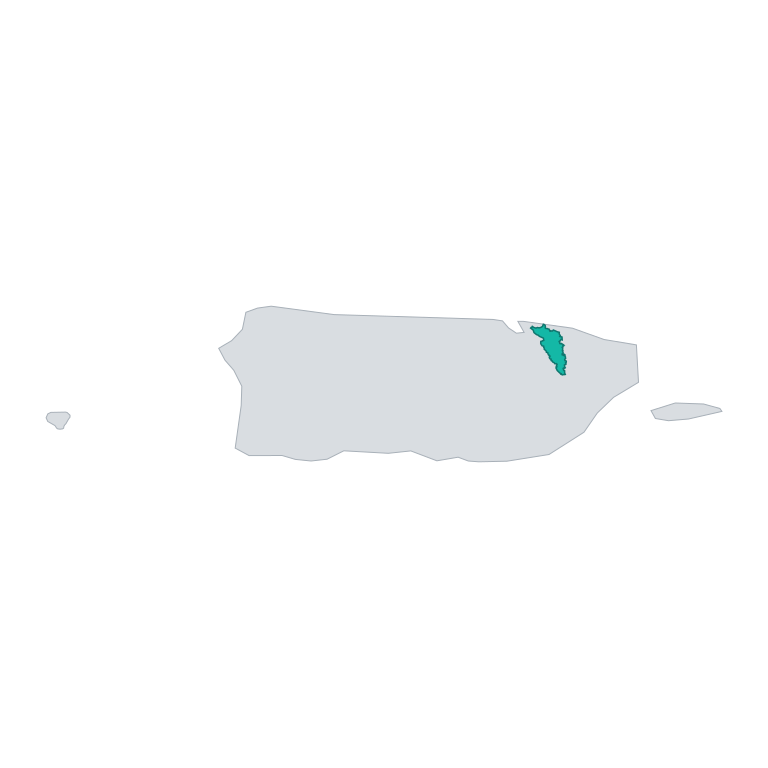 Carolina, Puerto Rico (highlighted)
{"feature_id": "32010507B91435435365169", "entity_name": "Carolina", "entity_type": "district", "adm_level": 2, "iso_a3": "PRI", "parent_name": "Puerto Rico", "parent_adm1": "", "projection": "orthographic", "projection_center": [-65.96, 18.364], "detail": "medium", "context": "in_parent", "style": "filled", "palette": "teal", "viewbox_px": 768, "rotation_deg": 0, "n_neighbors": 0, "source": "geoboundaries", "source_scale": "gbopen_adm2", "svg_char_len": 2805}
<svg xmlns="http://www.w3.org/2000/svg" viewBox="0 0 768 768"><path d="M508.5,327.9L516.4,333.2L524.1,332.4L517.9,321.4L523.6,321.4L572.5,328.2L604.0,339.5L636.4,344.9L638.5,382.3L613.6,397.3L597.3,413.0L584.0,432.2L549.0,454.5L506.9,461.2L478.8,461.8L468.3,461.0L458.1,457.2L436.9,460.8L410.8,450.9L388.3,453.3L343.8,450.8L327.1,459.2L311.1,461.0L295.4,459.4L282.1,455.5L249.1,455.6L235.2,448.1L241.2,405.5L241.8,386.2L233.8,370.3L225.0,360.2L218.7,348.3L231.7,340.6L242.4,329.3L245.9,312.3L257.5,308.1L271.2,306.2L334.1,314.6L493.4,319.5L502.5,320.9L508.5,327.9ZM688.5,419.0L668.5,420.7L655.4,418.5L651.0,410.6L675.3,403.0L703.6,404.0L719.9,408.5L721.9,411.4L688.5,419.0ZM62.5,428.9L60.1,429.2L57.7,428.9L56.6,428.1L55.0,425.6L47.8,421.5L46.1,417.8L47.8,413.9L50.8,412.4L65.6,412.1L67.1,412.5L70.0,415.2L70.0,417.2L68.6,419.0L65.9,423.7L64.8,424.8L64.0,426.1L63.6,428.2L62.5,428.9Z" fill="#d9dde1" stroke="#a8b0b8" stroke-width="1"/><path d="M532.3,326.4L531.8,327.5L531.2,327.4L530.6,328.1L533.2,330.1L534.0,332.6L536.5,334.6L538.4,335.3L539.3,336.3L543.4,338.1L543.8,340.4L542.3,340.8L542.1,341.2L540.8,341.4L540.7,343.1L540.9,344.0L542.1,345.8L543.7,346.2L543.7,347.4L544.3,348.1L544.2,349.2L545.9,350.7L546.4,351.7L546.4,352.3L547.8,352.7L547.9,353.6L548.5,355.0L549.3,355.2L549.3,356.0L550.0,356.2L549.3,357.7L550.2,359.0L551.2,359.2L551.0,360.1L551.4,360.8L552.1,360.8L552.7,362.0L554.2,362.7L554.7,363.6L555.0,363.8L556.3,363.6L557.1,364.3L556.5,365.5L556.8,366.0L556.9,366.8L556.0,367.1L556.3,367.7L556.1,368.3L557.1,370.0L557.1,370.4L559.9,373.1L561.2,373.7L560.9,374.2L562.4,374.9L563.9,374.5L564.9,374.6L565.3,374.4L564.7,373.2L564.6,370.8L564.3,370.8L564.1,370.3L563.7,370.3L563.1,368.5L563.3,368.2L563.7,368.0L563.8,368.5L565.3,367.8L565.6,367.3L565.3,367.5L564.7,367.1L564.4,364.9L564.8,364.6L565.7,364.5L566.0,364.1L565.6,362.7L566.7,362.5L566.2,362.5L566.3,361.3L565.8,360.7L564.9,360.6L564.7,359.4L565.6,358.3L565.4,358.0L565.5,357.0L564.7,355.9L565.1,355.1L564.6,354.6L564.3,355.1L563.7,355.3L563.6,354.8L563.2,355.3L562.8,354.9L562.1,354.7L562.2,354.3L563.1,353.8L563.0,353.5L562.6,353.4L563.0,353.0L563.1,352.3L562.6,351.3L562.9,350.6L562.4,350.3L562.6,349.9L562.7,348.0L562.2,347.4L562.5,347.0L562.8,347.1L563.0,346.2L563.8,345.7L562.9,345.3L563.0,344.9L563.3,344.7L561.4,343.5L561.1,343.8L559.8,343.5L559.8,342.4L559.1,341.7L559.5,341.1L560.3,340.8L560.3,340.5L561.0,339.5L562.2,339.9L562.0,337.0L559.9,336.5L560.4,335.8L559.2,333.8L559.3,332.3L557.4,331.8L553.3,330.0L552.5,331.0L551.4,331.0L550.9,330.7L550.5,331.2L550.0,331.3L549.0,329.1L548.2,329.0L547.5,328.6L545.6,328.4L545.2,327.9L545.4,326.3L545.1,325.3L544.0,324.5L543.3,324.3L542.5,326.4L541.1,327.3L539.1,327.9L537.4,327.5L536.0,328.1L533.9,327.5L532.3,326.4Z" fill="#14b8a6" stroke="#0f766e" stroke-width="1.5"/></svg>